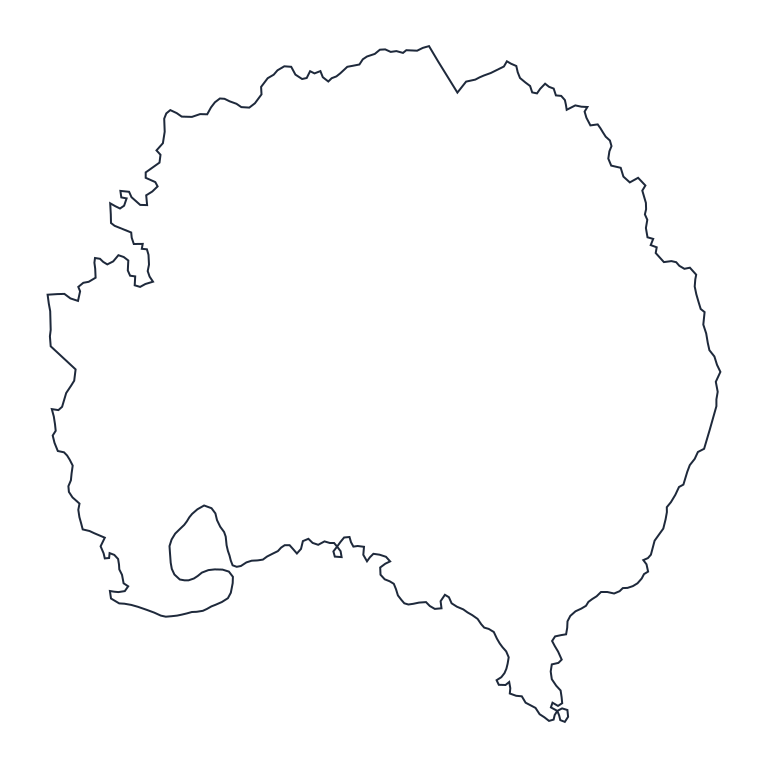 outline of São Mateus do Sul, Paraná, Brazil
{"feature_id": "56859067B3883184769095", "entity_name": "São Mateus do Sul", "entity_type": "district", "adm_level": 2, "iso_a3": "BRA", "parent_name": "Brazil", "parent_adm1": "Paraná", "projection": "orthographic", "projection_center": [-50.464, -25.928], "detail": "fine", "context": "isolated", "style": "outline", "palette": "slate", "viewbox_px": 768, "rotation_deg": 0, "n_neighbors": 0, "source": "geoboundaries", "source_scale": "gbopen_adm2", "svg_char_len": 5664}
<svg xmlns="http://www.w3.org/2000/svg" viewBox="0 0 768 768"><path d="M653.2,238.9L647.5,237.3L645.9,228.0L647.3,219.8L644.9,214.4L646.1,209.2L645.9,202.9L642.3,190.6L645.4,185.5L638.1,177.8L629.8,182.4L623.4,176.6L620.7,167.8L611.2,165.6L608.3,158.6L609.4,151.3L611.5,146.1L609.9,140.5L605.7,136.7L603.0,132.5L600.4,128.2L597.7,124.4L590.4,125.4L586.4,117.7L584.6,111.6L587.4,107.0L581.4,106.7L575.3,105.4L566.7,109.8L565.9,104.7L564.9,100.1L561.2,95.9L555.9,95.4L553.7,88.6L549.0,86.8L545.1,83.7L540.2,88.8L537.0,93.4L532.2,92.4L530.1,86.0L525.3,82.4L520.0,78.0L517.7,72.2L516.3,66.0L511.0,63.7L506.9,61.3L503.9,66.5L490.8,73.0L483.9,75.5L479.7,77.3L475.3,79.6L466.1,81.6L457.4,92.6L438.1,61.4L429.0,46.1L422.8,47.9L417.1,50.7L406.3,50.2L403.0,52.9L396.4,51.1L390.7,51.9L385.2,49.4L379.9,49.7L374.8,53.9L367.0,56.5L362.8,59.3L359.4,64.5L352.7,65.8L347.3,66.8L340.3,73.3L336.4,76.4L331.7,78.2L328.3,81.5L322.8,77.2L320.4,71.1L314.5,73.4L310.1,71.2L306.7,78.0L302.1,79.0L295.4,74.6L291.2,66.8L284.3,66.3L277.5,70.3L273.7,74.7L267.7,78.2L261.1,86.9L261.5,94.4L254.9,103.3L249.3,107.6L241.3,107.1L236.5,103.8L229.6,101.3L224.5,98.8L219.9,98.5L214.9,102.3L211.0,107.4L207.2,114.3L200.1,114.1L191.9,116.9L181.7,116.6L176.7,113.1L170.3,110.1L166.3,113.4L164.2,118.7L164.7,131.7L162.9,143.2L156.5,150.4L160.5,154.8L159.5,162.6L145.7,172.4L145.7,177.8L155.3,182.1L157.6,186.4L152.3,191.5L146.2,195.3L147.1,205.1L140.2,204.9L131.5,197.2L129.1,191.8L120.4,190.9L121.3,197.4L126.6,198.4L124.1,205.7L120.0,208.5L115.3,206.2L110.2,203.3L110.8,214.4L111.0,223.0L114.6,225.8L131.2,232.5L131.7,237.7L133.8,244.0L142.7,243.9L141.8,248.8L146.9,249.3L148.5,254.8L149.0,264.6L147.7,271.1L149.6,276.6L153.0,281.7L145.4,284.0L140.1,286.9L134.7,285.3L135.2,276.4L130.1,275.7L127.8,270.5L128.3,260.5L123.7,257.0L118.4,255.2L113.2,261.4L107.3,264.4L103.2,261.9L100.0,258.8L95.0,258.0L94.4,262.7L95.2,268.7L95.6,277.7L88.7,281.8L83.3,282.8L78.3,286.9L80.1,291.3L78.0,300.9L70.4,298.4L64.4,293.9L57.3,294.1L47.6,294.7L48.8,303.6L50.2,311.2L50.7,329.9L49.9,336.3L50.7,346.3L75.6,369.4L74.2,380.7L71.2,385.5L66.2,393.0L62.1,406.8L58.4,410.1L51.8,409.1L53.8,416.5L55.0,424.2L55.7,430.8L52.7,435.5L54.5,442.8L57.8,451.0L64.0,452.3L67.1,455.5L69.7,459.7L72.7,465.6L71.6,473.3L70.9,480.3L68.4,486.2L68.9,491.9L72.5,497.4L79.5,503.6L78.3,509.8L79.4,517.1L81.1,523.2L82.7,529.4L89.5,531.0L94.2,533.2L104.8,537.7L100.6,546.3L103.6,553.3L104.8,558.4L109.1,558.0L109.6,553.1L114.3,554.9L118.1,559.0L119.0,564.6L119.3,569.4L122.0,574.8L123.6,583.3L128.2,586.3L124.8,591.1L118.4,592.1L114.2,591.7L109.9,591.0L111.0,598.5L119.2,603.4L124.3,603.7L131.2,604.9L137.9,606.8L146.6,609.8L154.2,612.6L160.8,615.6L165.8,616.7L171.7,616.2L177.1,615.6L181.9,614.6L186.9,613.4L191.9,612.0L196.7,611.8L202.9,610.8L207.0,608.9L211.4,606.4L215.5,604.8L221.9,602.0L227.9,598.2L230.8,592.8L231.7,588.3L232.7,583.1L232.9,576.8L228.9,571.6L222.5,569.6L214.7,569.4L208.4,570.1L201.9,572.6L197.7,576.0L193.9,578.5L188.6,580.3L184.4,580.3L179.8,579.5L174.4,574.5L171.8,568.9L170.7,562.7L170.0,553.3L169.5,546.1L171.6,539.5L175.2,533.6L180.1,528.8L184.2,524.9L186.9,521.3L189.3,517.3L192.1,513.9L197.4,509.3L204.1,505.5L211.5,508.2L215.4,513.4L217.0,520.1L220.2,526.7L224.1,532.0L225.7,536.6L226.6,545.3L227.9,550.9L229.5,555.5L230.8,560.6L232.6,565.3L236.7,566.8L240.9,566.0L246.4,562.4L251.7,560.7L257.6,560.4L262.9,559.6L267.1,556.5L272.6,553.7L277.9,551.1L281.1,547.6L284.7,545.2L289.6,545.2L293.1,549.1L296.9,553.5L301.0,548.9L302.9,541.1L308.4,538.8L312.6,542.9L318.2,544.8L324.5,541.4L329.9,543.0L334.1,543.0L337.1,546.6L340.5,541.9L344.1,537.5L349.5,537.0L351.0,542.2L353.4,546.6L357.7,546.0L364.0,546.8L363.3,554.8L367.0,561.3L369.9,557.3L373.4,553.8L379.6,554.7L386.0,556.8L390.1,561.4L385.3,563.7L380.2,567.5L380.5,574.7L384.7,579.3L389.7,581.3L393.8,583.8L396.0,589.2L397.9,595.4L401.3,599.8L404.3,603.3L408.4,604.5L413.3,603.8L419.0,602.6L426.0,602.1L429.8,606.0L434.8,608.9L441.5,608.3L440.6,601.2L444.9,594.8L448.9,597.2L451.6,603.3L456.9,606.7L463.3,609.4L467.5,612.4L472.2,615.1L477.6,618.9L481.2,624.2L484.2,627.6L488.7,628.9L493.8,632.0L496.9,638.6L499.7,643.4L502.5,647.2L506.2,651.4L508.7,657.3L507.6,663.8L506.4,668.7L504.5,673.1L501.3,677.2L496.6,680.2L498.8,684.8L505.5,685.0L509.2,682.0L510.3,688.2L509.8,693.5L516.2,695.8L521.8,696.3L525.6,702.7L531.7,705.9L535.5,707.9L539.6,714.2L544.4,717.3L549.0,720.9L553.6,719.6L554.7,715.0L557.3,710.9L550.9,707.4L552.5,702.7L558.0,705.9L562.2,703.2L561.6,697.1L560.6,690.5L556.2,685.7L551.8,679.2L550.7,671.5L551.8,664.4L558.4,662.9L561.7,659.6L558.1,651.6L554.8,646.1L552.1,641.0L555.1,636.4L561.2,635.1L566.1,634.3L567.2,627.8L567.5,621.3L570.3,615.9L575.5,611.3L581.3,608.6L586.0,605.8L588.4,601.9L592.3,599.0L596.6,596.3L601.0,592.0L607.3,592.0L614.1,593.5L619.6,591.2L622.8,588.1L627.5,587.9L632.9,586.1L637.5,583.3L641.7,578.5L644.0,574.1L648.1,571.6L646.5,564.3L643.3,560.1L647.9,558.1L650.9,554.7L654.6,540.7L659.9,533.3L663.3,528.6L665.6,519.3L666.9,512.1L666.8,507.2L670.9,502.2L675.3,494.9L679.0,487.0L683.4,484.6L687.3,471.7L689.8,465.1L694.7,458.9L697.9,452.0L704.1,448.8L709.7,429.9L716.4,406.2L716.4,399.4L717.7,391.8L715.8,381.8L720.4,371.9L717.0,364.8L714.4,356.5L709.4,350.2L707.8,343.0L706.2,333.5L703.3,324.6L704.6,312.1L700.7,309.0L698.5,301.8L696.3,294.2L694.7,286.5L695.3,279.3L696.2,274.7L689.9,267.7L684.4,268.8L679.3,265.8L676.2,262.2L671.4,261.1L663.9,262.1L655.7,253.0L656.7,247.3L650.7,245.1L653.2,238.9ZM557.3,710.9L559.1,715.3L560.3,720.1L564.8,721.9L568.1,716.8L567.4,710.0L562.1,708.4L557.3,710.9ZM337.1,546.6L333.4,551.4L334.8,556.6L341.6,557.1L340.6,551.2L337.1,546.6Z" fill="none" stroke="#1e293b" stroke-width="2"/></svg>